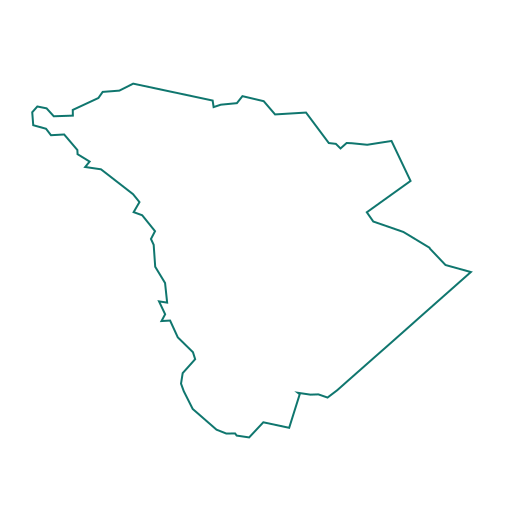 Florence, South Carolina, United States of America, rotated 176°
{"feature_id": "52423323B42496570047924", "entity_name": "Florence", "entity_type": "district", "adm_level": 2, "iso_a3": "USA", "parent_name": "United States of America", "parent_adm1": "South Carolina", "projection": "mercator", "projection_center": [-79.642, 34.04], "detail": "fine", "context": "isolated", "style": "outline", "palette": "teal", "viewbox_px": 512, "rotation_deg": 176, "n_neighbors": 0, "source": "geoboundaries", "source_scale": "gbopen_adm2", "svg_char_len": 1147}
<svg xmlns="http://www.w3.org/2000/svg" viewBox="0 0 512 512"><g transform="rotate(176 256 256)"><path d="M289.2,80.4L287.8,78.2L275.5,75.5L260.3,89.6L234.9,82.3L222.0,115.1L223.7,116.6L211.4,113.9L203.4,113.6L194.5,109.8L184.4,116.4L174.0,124.4L144.2,147.2L130.8,157.4L104.0,178.0L96.9,183.5L42.8,225.0L67.6,233.8L81.9,251.1L82.4,252.2L90.5,257.9L107.3,269.7L136.6,282.2L142.4,291.9L96.6,320.1L112.8,361.3L137.3,359.2L152.5,361.8L157.7,362.4L164.2,357.4L168.5,362.3L175.5,363.6L196.1,395.6L227.1,395.9L237.5,409.9L258.4,416.4L264.4,409.8L280.5,409.4L287.9,407.5L288.4,414.1L366.5,436.5L380.8,430.5L397.5,430.4L402.2,424.6L428.6,414.5L428.9,408.8L448.0,409.5L454.6,417.9L463.7,420.4L469.2,415.0L469.1,402.0L456.6,397.6L452.1,390.8L438.9,390.6L426.8,374.2L426.9,370.0L415.4,361.8L420.2,356.7L404.6,353.3L374.3,326.2L368.5,317.9L375.0,308.3L366.7,304.6L355.0,287.8L359.6,280.3L357.3,274.3L357.3,252.3L348.6,235.4L347.9,215.7L355.9,217.5L350.7,204.2L354.8,197.7L346.2,197.6L339.7,180.3L325.6,164.4L323.9,157.3L337.3,144.3L339.7,133.9L337.5,126.2L329.8,107.8L307.5,85.5L298.1,81.0L289.2,80.4Z" fill="none" stroke="#0f766e" stroke-width="2"/></g></svg>